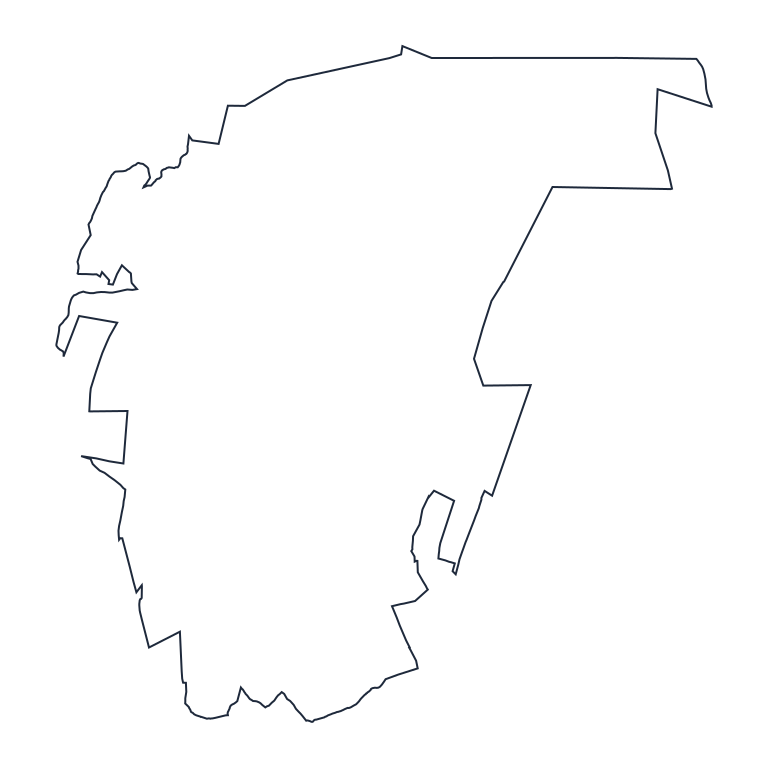 the district of Acacoyagua, Chiapas, Mexico
{"feature_id": "50627088B49299512853097", "entity_name": "Acacoyagua", "entity_type": "district", "adm_level": 2, "iso_a3": "MEX", "parent_name": "Mexico", "parent_adm1": "Chiapas", "projection": "equal_earth", "projection_center": [-92.715, 15.405], "detail": "fine", "context": "isolated", "style": "outline", "palette": "slate", "viewbox_px": 768, "rotation_deg": 0, "n_neighbors": 0, "source": "geoboundaries", "source_scale": "gbopen_adm2", "svg_char_len": 6000}
<svg xmlns="http://www.w3.org/2000/svg" viewBox="0 0 768 768"><path d="M227.9,715.2L227.6,713.3L227.9,712.0L228.5,710.9L229.0,709.7L229.6,708.6L229.8,707.4L230.7,705.6L232.5,704.3L233.2,704.1L234.3,703.5L234.8,703.1L235.7,702.5L237.3,701.1L240.9,687.5L241.9,688.8L242.7,689.4L243.6,690.7L244.4,692.1L245.2,693.1L245.6,693.9L247.3,695.6L249.3,698.4L250.1,699.2L251.6,700.0L253.0,701.0L254.5,701.1L255.0,701.1L256.8,701.4L259.0,702.3L260.0,702.9L260.8,703.5L262.2,704.9L265.3,707.4L267.0,706.3L268.9,705.7L271.8,702.7L274.3,700.6L276.5,697.3L278.1,695.3L279.7,694.1L281.7,692.1L284.2,693.9L287.1,699.0L290.2,701.0L293.7,704.9L295.9,708.8L298.6,711.7L300.5,713.6L302.6,716.1L306.2,720.7L307.0,720.4L308.2,720.6L309.9,721.1L311.2,721.7L312.0,721.9L312.8,721.7L314.1,720.2L315.1,719.7L316.0,719.7L324.5,717.3L325.2,716.7L326.4,716.4L327.9,715.4L331.1,714.2L332.4,713.6L335.1,712.8L337.0,712.0L338.4,711.8L339.5,711.4L340.7,711.1L341.9,710.5L342.9,710.1L344.8,709.1L347.6,707.9L348.8,708.0L349.8,707.7L350.8,707.3L353.8,705.5L356.1,704.3L357.6,702.8L359.0,701.3L360.6,699.1L361.7,697.9L362.4,697.2L364.8,694.7L365.7,694.3L366.0,693.6L367.1,693.0L367.5,692.4L368.7,691.7L369.3,691.2L369.9,690.6L370.5,690.1L371.1,688.9L372.4,688.2L374.9,687.7L376.9,687.9L378.5,687.6L379.9,686.8L381.9,684.6L384.1,681.5L385.6,679.2L398.2,674.6L417.7,668.4L416.1,660.7L410.3,649.6L409.2,647.7L409.7,647.5L406.1,640.4L399.7,625.4L396.7,617.5L392.0,606.2L400.7,604.1L403.8,603.6L415.1,601.0L427.8,589.6L426.8,588.0L425.9,586.1L422.9,581.2L417.8,572.3L417.4,560.9L416.5,560.8L414.7,561.6L414.6,558.4L414.5,556.5L411.3,551.1L412.4,549.3L412.3,547.2L412.9,540.8L413.1,536.2L419.5,524.6L420.3,520.8L422.3,510.1L422.7,508.9L428.5,496.8L428.7,497.3L434.0,490.7L454.1,500.8L440.3,543.1L439.4,547.9L439.2,551.1L438.8,553.9L438.4,558.5L445.4,560.4L449.1,561.8L450.9,562.2L454.8,563.4L452.6,571.2L455.7,574.3L458.3,564.6L459.5,559.3L462.2,551.6L463.3,548.6L465.6,542.1L466.5,540.0L468.6,534.5L474.2,520.1L475.6,516.2L478.9,508.0L479.3,506.2L481.4,499.7L481.4,497.9L484.6,490.9L492.1,495.7L530.7,385.1L483.3,385.6L474.0,358.8L482.7,328.1L491.5,300.9L503.3,282.0L504.1,281.6L552.5,187.0L670.7,189.1L672.0,188.7L667.9,170.5L655.4,133.2L657.6,89.2L711.6,106.7L711.6,105.5L710.8,103.0L709.5,100.3L708.4,97.5L707.0,93.0L706.2,88.8L705.5,79.4L704.4,73.7L703.2,69.2L702.1,66.7L700.9,64.9L699.2,62.7L697.8,60.6L696.4,58.9L617.4,57.9L431.7,58.0L402.4,46.1L401.1,54.4L389.4,58.1L287.3,80.4L244.9,105.9L227.9,105.7L218.6,143.9L192.3,140.4L189.0,135.8L188.0,144.3L187.5,146.7L187.7,148.1L187.6,149.9L187.7,150.9L187.4,152.0L187.0,152.9L186.3,153.9L185.7,154.1L185.4,154.5L184.9,154.8L183.8,155.2L181.8,156.9L181.0,157.9L180.5,158.8L180.2,162.4L179.9,163.2L179.5,164.6L179.0,165.6L178.4,166.4L177.7,167.3L175.8,167.2L174.3,168.1L172.9,167.8L168.9,167.3L168.1,167.6L166.8,167.9L166.1,168.4L165.6,168.9L163.6,169.4L163.3,169.7L162.5,170.0L161.8,170.7L161.5,171.3L161.2,172.1L161.5,174.9L161.4,175.7L161.4,176.5L160.9,177.1L160.4,177.6L158.9,178.7L158.3,178.6L156.9,179.1L156.3,179.7L155.6,180.3L155.3,181.2L154.0,182.2L151.2,185.5L150.6,185.6L148.3,185.6L147.5,185.6L144.4,187.0L143.5,187.4L144.3,185.5L145.3,184.8L146.1,183.8L146.7,183.0L147.6,181.5L149.5,178.7L150.0,177.7L149.9,176.8L149.6,175.9L148.6,171.4L148.2,168.5L147.5,167.6L146.4,166.5L143.1,164.0L142.3,163.8L140.1,163.5L139.3,163.1L138.2,162.9L137.5,163.3L136.8,163.7L135.8,164.8L134.9,165.2L134.0,165.4L132.4,166.3L129.2,168.9L127.8,169.4L127.0,169.9L125.8,170.7L124.8,170.9L123.3,171.2L121.5,171.3L120.3,171.3L115.7,171.6L114.8,172.0L114.0,172.6L113.5,173.3L112.7,174.2L111.9,174.9L111.2,176.0L110.7,177.3L110.1,178.2L109.7,178.7L109.3,179.8L108.5,181.0L107.5,183.7L107.0,185.2L106.6,186.5L105.8,187.6L103.9,191.1L102.9,192.1L102.2,193.5L101.4,195.1L100.3,197.9L99.5,200.8L98.8,202.5L98.1,203.6L96.9,205.9L96.4,207.3L95.6,208.9L92.4,215.9L91.9,218.4L91.0,220.4L90.6,221.2L90.0,222.2L89.2,223.1L88.7,224.2L88.5,224.5L90.7,235.1L81.1,250.0L77.5,261.8L78.5,265.6L78.5,266.8L78.5,268.8L78.1,270.1L78.1,271.3L77.6,273.5L78.4,274.0L86.9,274.1L92.9,274.4L96.6,274.3L100.1,276.6L102.0,272.1L109.2,280.2L108.5,284.0L112.9,284.6L117.0,274.1L121.9,265.3L129.1,272.0L130.1,272.6L130.9,273.5L131.4,281.1L131.5,281.9L131.8,283.1L137.0,289.1L132.5,289.9L127.3,289.5L123.5,290.3L119.7,291.2L112.5,292.6L109.5,292.6L104.9,292.1L101.1,292.0L96.9,292.4L93.6,293.1L89.8,293.1L85.9,292.4L83.3,291.6L79.0,292.9L76.1,294.6L73.9,295.4L72.4,297.2L71.6,298.5L70.8,300.4L69.0,306.5L68.9,307.4L68.8,308.2L68.7,312.5L68.5,314.1L68.3,315.3L68.0,315.8L67.5,316.5L67.2,317.2L66.0,318.5L65.7,319.0L65.0,319.5L63.7,321.1L62.8,322.5L60.1,325.2L59.6,326.1L59.3,326.8L59.2,327.6L59.1,330.1L58.7,332.9L56.4,344.4L56.4,345.4L56.6,346.0L57.8,347.7L58.4,348.3L59.5,349.2L60.0,349.7L60.9,350.1L62.0,350.8L62.9,351.3L63.6,352.6L63.7,353.7L63.5,356.6L79.1,316.0L117.2,322.7L109.5,336.4L106.9,342.2L102.4,352.8L100.1,359.4L95.8,372.3L90.8,388.3L90.2,393.8L90.0,397.7L89.3,411.3L90.0,411.4L127.5,411.0L123.4,463.5L109.3,461.3L96.3,458.4L81.1,456.1L87.6,458.2L90.6,459.0L92.7,464.0L95.3,466.6L99.7,470.6L104.5,472.8L109.5,476.6L114.5,480.1L120.4,484.8L123.3,488.1L125.3,489.5L124.6,497.0L123.7,501.0L123.2,505.9L121.9,512.0L120.3,520.7L119.1,525.9L118.5,530.7L118.7,535.3L119.1,539.7L120.2,538.2L122.3,538.3L129.7,566.6L131.9,575.4L133.6,582.2L136.4,592.3L141.8,585.2L141.9,586.3L141.7,597.4L141.7,597.7L141.7,597.9L141.2,598.8L140.4,599.0L140.0,599.7L139.7,600.4L139.6,601.3L139.3,603.9L139.3,605.4L139.7,610.6L139.9,611.4L140.1,612.5L140.9,615.7L141.7,619.0L149.0,647.5L179.9,631.7L181.7,671.4L182.2,678.7L183.1,682.7L185.9,682.8L186.3,691.9L185.3,698.2L185.3,701.7L185.2,703.5L187.8,706.0L189.0,707.3L189.3,708.4L189.9,709.1L190.2,709.6L191.0,711.8L191.4,712.2L192.7,712.8L194.2,714.3L196.2,715.3L200.6,716.7L200.8,716.9L201.0,716.8L201.7,717.0L206.9,718.7L208.1,718.5L208.9,718.4L209.7,718.5L210.3,718.7L210.9,718.5L212.6,718.4L215.5,717.8L225.4,715.4L227.3,715.2L227.9,715.2Z" fill="none" stroke="#1e293b" stroke-width="2"/></svg>